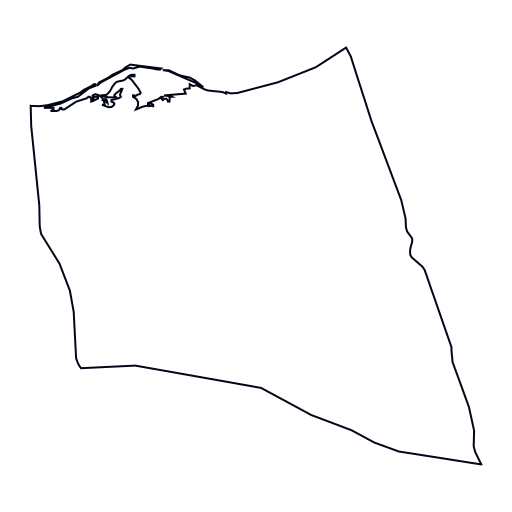 SVG path tracing the border of Shamal Sina'
{"feature_id": "EGY-1558", "entity_name": "Shamal Sina'", "entity_type": "Governorate", "adm_level": 1, "iso_a3": "EGY", "parent_name": "Egypt", "parent_adm1": "", "projection": "mercator", "projection_center": [33.332, 30.402], "detail": "fine", "context": "isolated", "style": "outline", "palette": "ink", "viewbox_px": 512, "rotation_deg": 0, "n_neighbors": 0, "source": "natural_earth", "source_scale": "10m", "svg_char_len": 2899}
<svg xmlns="http://www.w3.org/2000/svg" viewBox="0 0 512 512"><path d="M355.5,71.3L357.5,77.6L365.3,101.8L371.5,121.2L379.1,141.2L389.1,167.9L401.2,200.0L405.5,218.2L406.0,227.6L407.1,231.5L410.3,235.8L412.2,238.6L412.2,241.7L410.3,248.6L410.0,252.6L410.4,255.2L411.8,257.4L422.5,266.8L424.7,270.1L431.2,288.9L442.9,322.5L450.5,344.4L451.0,345.7L451.4,347.1L451.5,348.4L451.4,349.8L452.6,362.2L461.3,385.9L469.0,407.3L474.1,430.6L473.7,446.3L475.1,451.7L479.6,461.1L481.3,464.3L481.0,464.4L398.8,451.5L374.2,442.5L351.4,430.2L311.4,415.1L261.0,387.9L135.3,365.6L81.0,368.2L79.5,366.1L77.8,363.0L76.1,358.2L73.7,311.9L69.9,290.7L59.5,263.6L41.4,234.5L41.1,233.6L40.4,230.6L39.7,225.9L39.3,205.5L31.2,126.0L30.7,106.1L30.7,105.8L31.1,105.9L39.8,106.2L48.0,105.1L62.7,101.3L80.2,92.6L83.6,90.0L91.7,85.9L93.9,84.2L95.3,84.2L95.3,85.9L89.0,88.3L78.0,96.7L71.6,98.5L60.8,103.5L43.9,107.9L53.5,107.9L53.5,109.5L50.6,111.0L56.7,111.0L59.0,110.1L60.2,107.9L61.4,107.9L61.6,109.2L62.2,109.5L63.1,109.3L64.2,109.5L76.3,101.6L86.5,98.4L88.5,96.8L89.8,96.8L90.6,98.0L93.4,98.7L92.7,99.9L91.2,100.1L91.2,101.6L93.3,100.9L98.0,98.5L98.0,96.8L92.6,96.8L92.6,95.4L95.2,94.2L98.6,95.1L101.6,97.3L103.5,100.1L103.9,101.3L104.4,103.6L104.7,104.8L102.0,104.8L108.5,107.2L111.6,107.0L114.2,104.8L114.2,103.1L112.4,102.0L111.4,101.6L111.4,100.1L119.0,98.1L120.9,96.8L120.0,95.0L120.4,93.4L121.4,91.4L122.3,88.9L120.9,88.9L119.7,90.5L115.6,93.6L114.9,94.5L114.3,95.2L114.3,95.9L115.6,96.8L112.9,97.4L108.5,97.3L103.8,96.6L100.6,95.4L106.6,94.8L110.0,91.2L112.4,86.6L115.6,82.6L117.9,81.5L122.8,80.6L125.1,79.5L128.9,75.9L131.2,74.8L134.5,74.8L134.5,76.3L129.0,76.3L129.0,77.8L131.5,79.6L138.6,88.9L140.7,92.8L139.9,94.1L137.4,94.7L134.5,96.8L134.3,96.2L134.3,95.6L134.0,95.2L133.0,95.4L133.0,96.8L136.4,99.1L138.1,102.0L138.0,105.6L135.9,109.5L142.9,106.6L146.6,105.8L149.2,106.2L150.5,105.9L151.5,105.9L153.2,106.2L153.2,104.8L150.5,103.1L149.2,103.1L149.2,104.8L148.0,104.8L148.0,103.1L158.4,99.0L161.3,96.8L162.8,96.8L161.3,98.5L162.8,100.1L164.2,98.8L165.8,98.6L167.2,99.6L168.0,101.6L169.5,101.6L169.7,99.7L169.6,97.4L169.3,97.0L172.2,96.8L170.3,95.8L168.3,96.0L166.5,95.8L164.2,95.4L185.7,93.6L184.0,89.5L186.6,88.6L189.7,88.4L189.7,84.2L191.8,85.3L192.5,85.9L193.8,85.9L196.5,85.2L204.3,89.3L208.0,90.5L222.4,92.0L226.2,93.6L226.2,92.1L230.7,93.4L237.3,93.0L277.9,82.3L315.9,67.2L345.7,47.8L346.1,47.6L350.8,56.5L352.0,60.3L355.5,71.3ZM125.1,67.7L130.2,64.6L161.3,68.5L160.1,69.5L157.6,69.5L151.5,68.3L145.6,67.5L139.8,66.6L133.0,68.5L129.8,67.8L124.7,69.6L100.9,82.4L96.8,85.9L99.1,82.4L103.6,80.1L107.5,78.1L109.9,76.6L112.5,74.7L122.8,69.9L125.1,67.7ZM183.7,76.3L189.6,77.5L194.9,80.4L203.4,87.3L199.1,84.4L168.4,71.0L162.8,70.1L168.9,70.3L179.1,75.1L183.7,76.3ZM105.4,101.2L104.7,100.1L103.6,100.0L105.1,99.0L106.3,99.3L107.0,100.7L107.5,103.1L105.4,101.2Z" fill="none" stroke="#020617" stroke-width="2"/></svg>